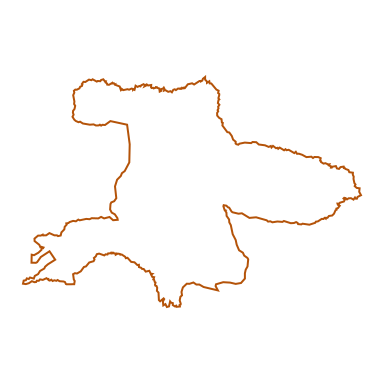 outline of Sekyere Afram Plains North, Ashanti, Ghana
{"feature_id": "2480657B37542209080123", "entity_name": "Sekyere Afram Plains North", "entity_type": "district", "adm_level": 2, "iso_a3": "GHA", "parent_name": "Ghana", "parent_adm1": "Ashanti", "projection": "orthographic", "projection_center": [-0.752, 7.211], "detail": "fine", "context": "isolated", "style": "outline", "palette": "amber", "viewbox_px": 384, "rotation_deg": 0, "n_neighbors": 0, "source": "geoboundaries", "source_scale": "gbopen_adm2", "svg_char_len": 5872}
<svg xmlns="http://www.w3.org/2000/svg" viewBox="0 0 384 384"><path d="M31.5,262.7L35.9,262.8L37.1,262.2L40.8,257.0L49.5,251.3L55.2,259.7L47.9,264.3L45.1,266.7L44.3,268.5L40.0,271.0L38.1,274.1L34.8,275.9L33.8,278.6L30.0,277.5L28.8,279.0L26.8,278.4L25.9,280.2L23.7,280.6L23.0,283.7L25.8,284.1L28.9,283.2L31.9,281.2L34.5,282.2L36.1,282.0L36.8,280.7L38.8,280.8L40.0,279.4L42.8,279.9L46.5,278.2L47.7,279.2L48.4,279.0L48.7,280.2L49.8,280.6L51.3,279.7L52.6,281.0L54.3,280.3L56.4,280.8L57.6,280.0L59.5,281.2L63.6,281.5L65.0,282.1L65.9,284.0L66.7,284.3L74.2,284.2L74.7,281.0L73.8,279.5L73.1,274.2L74.9,273.2L77.0,273.5L80.8,271.3L83.9,267.0L86.0,266.4L89.2,262.5L93.6,261.2L94.5,259.5L93.9,258.0L95.8,256.4L96.8,254.2L99.1,253.6L104.3,255.4L105.6,254.3L107.5,254.5L108.1,253.4L110.5,253.3L111.1,252.6L112.6,252.7L112.5,253.3L113.7,252.9L114.3,253.6L116.0,253.5L115.9,254.6L117.8,253.6L120.0,254.0L120.3,254.7L121.7,254.5L125.2,256.8L125.8,258.2L127.5,257.8L131.2,261.9L134.5,262.3L137.4,265.1L138.9,264.8L139.0,267.1L141.2,267.8L142.0,268.9L143.7,269.0L145.7,271.6L149.3,270.8L150.7,273.6L152.3,273.9L151.2,274.8L152.3,276.9L154.1,277.2L153.4,279.2L153.9,279.2L154.8,282.1L155.5,282.5L155.0,284.8L155.4,285.7L156.5,286.0L157.2,287.8L156.9,290.8L158.5,292.6L158.9,300.1L160.1,301.3L163.6,298.4L164.2,299.1L162.9,301.5L163.3,305.4L165.4,304.1L166.9,307.0L169.0,306.4L170.1,301.4L171.1,302.7L172.8,303.1L172.8,305.1L175.1,306.5L176.1,305.7L176.7,306.8L179.9,306.5L179.6,305.0L180.6,304.5L180.7,303.6L179.7,300.4L180.4,296.8L182.0,295.3L181.5,292.0L182.0,290.2L182.9,287.4L186.8,283.7L189.5,283.8L193.4,282.5L196.3,284.5L199.3,284.5L203.6,287.0L217.9,290.4L215.6,286.1L216.0,284.3L223.2,282.2L230.1,282.6L235.7,283.9L241.0,283.0L244.9,278.6L244.9,273.3L245.7,269.7L247.5,266.5L248.2,259.3L247.4,257.9L244.2,255.6L242.9,252.7L239.1,250.3L236.7,244.7L235.7,240.0L232.7,234.2L230.8,225.1L229.3,222.4L229.1,219.5L226.6,215.9L226.4,212.5L225.2,210.8L225.6,210.4L224.6,210.0L223.4,206.2L223.7,205.2L226.4,205.7L228.0,207.3L229.2,207.7L231.6,211.6L232.6,212.3L238.5,213.7L241.9,213.3L249.4,217.9L256.1,217.3L266.7,220.3L268.1,221.6L270.3,221.3L272.4,222.3L277.4,221.5L282.4,221.9L283.9,221.0L290.8,223.2L294.0,223.0L296.1,222.1L297.6,222.9L298.1,224.1L301.3,224.4L302.5,223.7L309.4,224.7L315.2,222.8L315.8,221.7L317.9,221.4L321.7,218.9L323.4,219.0L324.6,217.9L325.7,218.6L325.8,217.8L327.5,217.8L328.9,216.0L332.2,215.5L334.0,213.7L335.5,210.3L336.6,209.7L336.4,208.6L337.9,208.1L339.7,205.8L337.9,204.8L337.5,203.6L339.2,203.6L339.9,202.7L343.9,201.5L344.8,199.8L343.5,198.5L344.2,197.8L345.6,198.1L347.0,199.4L348.6,198.3L351.0,198.2L353.5,199.6L355.0,197.5L355.8,198.7L356.9,198.7L357.6,196.9L361.0,195.2L359.2,191.8L359.6,188.3L356.7,187.9L354.7,186.1L355.5,184.5L354.4,183.1L353.5,178.9L353.7,176.7L352.8,174.7L352.9,172.7L349.3,172.2L348.4,170.0L345.3,168.9L344.5,167.7L343.8,167.9L343.6,166.6L340.5,167.1L339.0,168.9L336.9,168.4L335.9,166.1L332.4,166.7L331.8,167.6L330.9,167.6L331.1,166.4L328.8,165.4L329.4,164.3L328.1,164.4L325.4,163.2L323.5,163.6L321.0,162.0L320.9,161.1L320.1,160.6L320.7,158.2L318.3,157.1L314.4,157.0L313.0,158.0L311.4,156.7L306.4,157.1L302.2,154.8L298.9,153.7L297.0,153.8L295.8,151.8L294.3,153.1L288.7,149.8L286.5,150.2L285.5,149.2L284.1,150.3L279.7,147.6L278.2,148.8L277.6,147.8L276.0,148.2L273.0,145.9L271.5,147.5L270.8,146.0L268.7,146.9L265.0,145.3L258.8,144.5L256.3,142.2L252.6,142.0L251.1,143.1L244.8,142.6L239.4,143.7L238.3,144.7L236.4,144.2L235.6,143.5L235.7,141.7L233.1,139.6L231.8,136.0L229.3,132.5L227.3,132.1L222.4,125.5L222.8,122.9L221.9,122.5L221.5,119.2L219.2,117.9L217.2,115.6L217.1,113.0L218.2,111.2L217.6,110.1L218.5,108.3L218.1,106.8L219.4,104.8L217.9,103.1L218.5,100.0L219.3,99.4L218.4,98.1L219.3,94.9L219.2,93.9L218.1,93.0L218.6,90.7L216.4,89.6L211.3,83.5L209.7,83.4L209.3,81.3L207.0,82.8L207.0,81.6L205.1,79.6L205.1,77.0L202.9,78.8L202.3,80.6L200.9,81.4L200.8,80.9L199.5,81.0L194.1,84.5L192.1,83.3L187.8,84.3L184.8,88.2L183.8,88.3L183.7,87.7L182.3,88.4L181.9,87.9L181.2,88.8L180.3,88.4L180.0,88.9L178.1,88.5L175.9,90.1L174.8,89.3L173.3,89.8L171.9,92.3L170.5,91.2L168.2,91.8L165.1,90.0L164.1,90.5L164.4,88.7L163.8,87.6L163.0,88.6L161.4,89.0L161.4,90.8L159.7,91.6L159.3,88.5L157.1,87.8L156.9,87.2L155.8,87.1L155.5,87.8L153.6,88.4L153.1,87.8L151.6,88.0L151.0,87.2L151.2,85.0L148.1,85.5L147.4,84.9L144.6,86.3L145.2,85.1L144.8,85.3L143.6,84.2L141.2,85.3L140.5,86.4L139.4,86.0L137.5,86.9L135.6,85.7L134.5,89.9L133.4,89.4L133.0,89.8L132.9,88.9L131.5,88.6L129.1,89.7L127.5,89.2L123.4,90.1L122.3,89.3L121.9,89.8L121.1,88.7L120.7,89.5L119.7,86.5L115.5,84.9L115.5,84.2L114.7,84.5L113.8,83.2L112.3,83.5L112.2,82.9L109.0,84.8L107.2,84.6L107.0,83.5L105.5,82.4L105.9,81.3L104.7,81.1L103.3,79.3L101.1,80.0L100.3,81.2L97.7,81.0L96.8,81.6L92.6,79.3L91.4,80.2L89.0,79.6L85.3,82.0L83.5,81.8L81.9,84.0L82.4,84.5L81.9,86.0L80.2,86.7L79.4,88.4L76.8,89.7L75.3,89.6L73.9,90.8L74.3,92.7L73.2,95.2L74.4,101.5L74.1,104.0L75.2,105.8L74.5,109.0L73.1,110.8L72.9,112.7L73.6,114.7L72.5,116.8L74.3,119.7L75.8,121.0L78.5,122.2L80.1,121.7L82.9,123.5L89.9,124.7L93.6,124.4L96.0,125.5L98.8,125.4L99.9,124.7L101.1,125.6L102.4,124.8L105.0,125.0L110.4,121.1L127.1,124.7L129.7,144.3L129.3,162.4L124.7,171.1L121.9,173.2L120.8,176.0L117.1,179.7L115.0,186.4L116.3,198.2L114.2,201.2L111.3,202.4L110.5,204.0L110.1,209.5L111.7,212.6L114.8,214.3L117.4,218.1L117.7,219.8L113.1,220.2L109.5,217.0L104.1,218.4L101.1,216.9L98.3,218.4L91.7,218.2L89.6,219.2L86.3,218.9L79.7,220.3L78.3,219.6L75.9,221.3L73.1,220.9L69.5,222.1L68.5,223.0L66.3,223.4L66.7,224.6L64.7,226.8L64.3,229.4L61.4,232.4L60.7,235.5L58.0,236.1L56.9,235.3L54.3,235.3L49.4,233.1L46.2,235.3L43.1,235.4L42.8,234.6L40.8,235.6L38.1,235.6L34.5,238.6L34.6,241.1L39.3,244.8L40.4,247.2L41.3,246.8L43.5,247.5L43.1,248.2L41.7,248.0L41.5,249.8L38.4,252.7L34.0,255.2L31.7,254.7L31.5,262.7Z" fill="none" stroke="#b45309" stroke-width="2"/></svg>